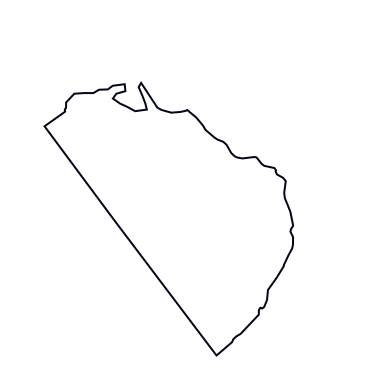 outline of Huron, Michigan, United States of America, rotated 55°
{"feature_id": "52423323B37745159974829", "entity_name": "Huron", "entity_type": "district", "adm_level": 2, "iso_a3": "USA", "parent_name": "United States of America", "parent_adm1": "Michigan", "projection": "robinson", "projection_center": [-83.064, 43.869], "detail": "fine", "context": "isolated", "style": "outline", "palette": "ink", "viewbox_px": 384, "rotation_deg": 55, "n_neighbors": 0, "source": "geoboundaries", "source_scale": "gbopen_adm2", "svg_char_len": 1089}
<svg xmlns="http://www.w3.org/2000/svg" viewBox="0 0 384 384"><g transform="rotate(55 192 192)"><path d="M340.0,265.7L338.0,245.4L336.3,242.5L335.7,238.6L336.1,233.5L330.8,207.6L327.2,205.0L326.1,202.9L326.2,202.1L327.7,201.3L327.6,198.8L323.5,192.5L315.8,185.9L310.8,171.8L305.4,159.3L304.6,158.8L299.2,149.3L295.7,142.3L293.2,139.6L287.0,135.1L281.0,134.1L279.3,132.3L277.6,128.4L264.4,122.7L250.1,119.4L245.5,116.9L236.8,108.9L232.5,109.3L226.4,112.3L223.3,111.8L222.6,110.8L219.7,110.7L212.0,117.8L209.1,118.8L200.7,119.3L199.0,121.0L193.4,131.5L189.4,135.4L187.0,136.6L182.6,137.5L173.1,136.6L168.8,137.6L164.1,140.8L160.6,142.3L148.9,145.3L143.9,144.9L133.4,145.8L122.0,148.9L121.9,150.7L119.5,156.1L115.1,163.5L107.3,169.9L103.0,172.0L84.2,171.4L73.5,171.1L75.5,175.5L84.6,177.4L92.9,179.5L98.6,181.7L93.2,192.2L85.0,196.3L78.3,200.2L70.1,203.2L68.1,197.6L71.2,188.7L65.1,185.3L59.5,196.0L59.7,202.1L54.9,209.5L54.4,216.1L49.4,223.1L44.0,232.0L46.4,243.7L50.9,247.0L51.4,248.8L53.4,249.8L53.6,275.1L169.7,271.9L340.0,265.7Z" fill="none" stroke="#020617" stroke-width="2"/></g></svg>